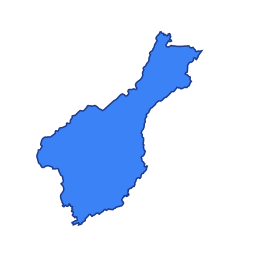 SVG path tracing the border of Tuva, rotated 136°
{"feature_id": "RUS-2605", "entity_name": "Tuva", "entity_type": "Republic", "adm_level": 1, "iso_a3": "RUS", "parent_name": "Russia", "parent_adm1": "", "projection": "robinson", "projection_center": [94.276, 51.727], "detail": "fine", "context": "isolated", "style": "filled", "palette": "blue", "viewbox_px": 256, "rotation_deg": 136, "n_neighbors": 0, "source": "natural_earth", "source_scale": "10m", "svg_char_len": 5842}
<svg xmlns="http://www.w3.org/2000/svg" viewBox="0 0 256 256"><g transform="rotate(136 128 128)"><path d="M229.0,117.7L228.0,117.6L227.4,118.2L227.2,119.9L227.1,120.3L226.3,121.1L225.9,122.7L224.6,124.9L224.1,125.6L222.8,126.6L218.9,127.4L217.0,128.2L215.8,129.8L215.0,131.6L214.9,132.2L215.1,133.4L214.9,134.4L212.6,134.2L211.4,134.6L209.9,137.2L208.9,138.5L208.7,138.9L209.1,140.7L209.1,141.1L208.5,142.3L207.9,144.4L206.7,146.6L206.7,147.4L207.3,148.2L209.0,149.3L209.8,150.2L210.4,150.6L210.5,150.9L209.7,151.9L209.6,152.5L211.6,156.4L213.7,157.7L216.1,158.2L217.0,159.1L217.1,159.7L217.1,160.6L216.5,162.1L216.4,163.0L216.6,164.2L216.5,165.1L213.4,170.8L212.2,171.8L209.3,173.1L207.7,174.4L206.6,173.6L206.2,173.4L202.3,174.6L202.2,174.8L202.6,175.6L202.5,176.4L201.9,177.1L198.7,179.0L196.9,179.6L194.9,179.4L193.8,179.0L193.1,177.8L191.8,177.3L190.7,176.0L190.0,175.4L184.4,174.7L184.0,174.8L182.9,175.8L182.0,176.2L181.7,176.1L180.8,174.6L180.3,174.5L179.7,174.5L177.7,175.4L177.1,175.4L174.8,173.8L171.1,172.5L170.2,172.8L169.4,173.7L168.8,174.0L168.3,173.9L167.7,172.6L167.2,172.0L166.4,171.9L165.5,172.1L164.2,173.5L163.3,173.8L161.3,174.1L160.9,174.3L160.0,175.3L159.6,175.4L157.5,174.0L156.6,173.8L150.9,173.9L149.9,173.4L148.9,171.8L148.3,171.4L147.6,171.2L144.0,171.4L142.1,172.0L141.1,171.9L140.3,170.6L139.1,169.6L138.8,168.5L136.7,167.6L135.9,166.7L135.5,164.7L135.4,162.0L135.2,161.4L134.4,159.7L134.3,158.4L134.0,158.1L133.5,157.9L119.1,157.4L116.8,156.7L110.3,157.0L109.0,156.7L108.3,156.4L107.6,154.5L107.6,153.3L107.3,152.4L106.5,152.0L105.2,151.9L103.9,152.1L103.2,152.6L102.7,154.3L101.9,154.9L100.9,155.1L100.1,154.7L99.0,153.3L96.7,152.2L96.2,151.5L95.8,150.5L95.5,150.1L95.0,150.1L94.1,150.4L93.8,150.7L93.7,152.0L92.6,153.9L90.8,154.7L88.9,154.7L85.5,154.2L84.0,154.4L82.4,154.8L80.4,155.9L79.4,157.5L78.8,157.9L76.7,158.6L76.2,159.1L75.8,160.1L75.5,160.5L74.8,160.7L72.3,160.4L69.6,161.4L67.1,161.5L66.4,161.8L64.3,163.7L63.5,164.2L61.2,164.9L61.0,165.2L60.9,166.3L60.3,166.9L59.5,167.1L58.6,167.1L56.9,166.8L56.0,166.9L54.9,167.6L53.2,167.9L50.7,169.5L47.1,170.3L46.5,170.6L46.2,171.1L45.9,172.6L45.4,173.3L43.2,173.9L40.2,174.0L39.1,174.3L38.4,174.8L37.7,174.5L37.4,174.2L37.9,173.2L37.8,172.5L37.1,171.9L36.7,171.2L37.7,170.0L37.5,169.8L36.6,169.6L36.2,169.2L36.1,167.3L35.9,167.1L34.6,167.0L34.1,167.6L33.8,167.6L32.7,167.2L32.5,166.9L32.8,166.4L32.8,165.6L33.5,165.2L33.7,164.2L33.9,163.9L35.4,163.5L36.3,162.9L36.4,162.7L35.9,161.8L36.1,160.6L36.3,160.3L36.9,160.5L38.2,161.4L38.4,161.8L38.3,162.4L38.7,162.5L43.1,161.3L43.6,160.5L43.6,159.5L42.9,158.4L41.9,157.8L39.6,157.4L39.4,156.7L38.1,155.4L35.4,151.9L34.4,151.2L34.1,150.5L32.9,149.8L32.5,149.2L30.2,147.5L29.5,146.7L27.5,145.2L27.1,144.4L27.4,143.0L27.2,142.2L26.9,141.8L25.6,141.1L25.2,140.7L25.5,139.1L25.4,137.7L26.0,136.2L25.9,135.6L23.8,134.4L23.1,133.4L21.3,132.3L27.4,131.2L27.7,131.0L28.0,130.5L29.3,130.3L31.0,129.7L31.4,129.8L31.5,130.1L31.1,131.4L31.1,132.0L31.4,132.3L31.9,132.5L32.6,132.4L33.6,131.4L35.3,131.1L36.5,131.3L37.7,132.1L38.5,132.4L41.6,131.7L42.6,130.6L46.5,127.0L47.9,127.7L49.3,127.3L49.3,126.9L48.4,125.0L48.4,122.9L47.9,121.3L49.8,119.8L50.1,117.4L51.9,117.4L52.7,116.7L53.6,116.6L54.6,116.0L55.9,116.3L57.5,116.2L58.8,117.8L62.4,119.1L62.8,119.9L62.9,120.8L63.9,121.9L64.1,122.6L64.6,123.3L65.8,122.9L69.7,122.4L71.3,123.7L72.5,123.9L73.4,123.6L79.0,123.5L80.4,124.3L82.3,124.4L83.5,124.2L85.6,124.6L85.9,124.8L86.4,125.7L86.9,125.9L87.7,126.2L90.1,126.5L92.2,125.9L96.7,126.0L98.3,126.5L99.1,126.0L100.8,125.7L101.7,125.0L103.9,124.8L105.3,125.2L106.0,124.7L106.0,124.1L106.3,123.6L107.1,123.1L108.3,123.1L109.9,122.3L111.1,120.6L111.5,120.3L113.0,120.0L115.7,117.6L117.7,116.6L119.5,116.5L122.2,115.1L122.1,114.3L122.4,113.3L124.0,111.5L123.8,110.2L124.0,109.6L125.0,108.8L125.7,107.9L128.4,106.0L128.5,105.7L128.3,105.1L128.4,104.6L130.2,103.7L130.7,102.5L131.6,101.3L131.6,100.3L131.8,99.9L131.6,99.5L131.8,99.2L134.9,97.6L136.7,97.4L137.6,97.9L138.3,97.9L139.1,97.4L139.4,96.3L140.2,95.4L140.9,93.9L140.5,92.8L140.6,92.2L141.1,91.4L140.9,90.6L142.7,89.4L142.9,89.0L142.4,87.9L140.7,87.6L140.6,87.2L142.4,86.3L143.7,85.3L146.5,85.0L147.4,85.2L148.4,84.7L149.0,85.3L150.0,85.4L151.7,84.8L152.6,83.8L153.8,83.4L154.7,83.7L154.8,84.7L155.0,85.0L156.0,85.5L156.9,85.6L158.7,84.8L159.5,84.2L161.4,83.6L161.8,83.2L162.2,82.6L164.1,81.7L164.4,81.8L164.8,82.4L166.3,82.6L167.4,82.4L168.1,83.0L170.8,83.5L171.3,83.2L171.2,82.7L171.3,82.5L172.7,81.9L173.4,80.9L173.3,80.2L173.5,79.7L174.0,79.3L174.9,79.4L174.4,80.0L174.7,80.2L175.9,79.6L176.4,79.7L176.6,79.9L176.1,80.7L177.4,81.2L177.6,81.8L177.9,82.0L178.6,81.3L180.3,81.4L182.1,80.9L183.0,79.4L182.7,78.7L183.0,78.4L183.3,77.1L183.8,76.8L185.1,76.5L186.5,76.4L186.8,76.5L187.7,77.2L188.7,77.5L189.0,78.1L190.3,78.4L191.6,79.4L192.8,79.1L193.9,79.7L195.7,79.8L196.0,80.4L196.8,81.0L197.1,81.8L197.8,82.3L197.9,82.9L198.1,83.3L200.4,83.6L200.9,83.9L200.9,85.1L201.3,85.5L201.8,85.7L203.8,85.4L207.3,86.1L208.4,85.9L208.7,86.2L208.6,87.2L208.8,87.6L209.9,88.6L212.9,88.8L213.8,89.3L215.2,89.4L215.4,89.7L215.0,90.3L215.3,91.0L215.1,91.8L215.5,92.5L216.6,92.8L217.3,92.5L220.4,92.3L221.5,92.5L223.2,91.1L226.8,91.9L227.1,91.9L227.4,91.3L228.3,91.3L230.9,92.6L229.5,93.5L229.3,94.0L229.4,94.3L234.7,96.3L234.1,97.4L234.0,97.8L234.2,98.6L233.9,98.9L232.8,98.4L230.6,98.0L229.3,97.1L228.6,97.0L228.3,97.2L226.8,99.4L227.1,100.5L228.5,100.4L228.4,101.6L228.6,102.4L228.6,103.8L228.2,104.2L227.4,104.1L227.0,104.6L225.9,105.3L225.8,106.4L226.5,107.0L226.1,107.7L225.3,107.9L224.6,107.8L224.3,108.2L224.4,108.8L224.3,109.1L223.4,109.7L222.6,110.0L223.6,111.4L222.9,113.1L223.0,114.1L223.3,114.3L224.4,113.3L226.1,113.8L226.5,114.5L226.4,115.8L227.0,116.1L228.1,115.8L228.8,115.9L229.0,116.3L229.2,117.0L229.0,117.7Z" fill="#3b82f6" stroke="#1e3a8a" stroke-width="1.5"/></g></svg>